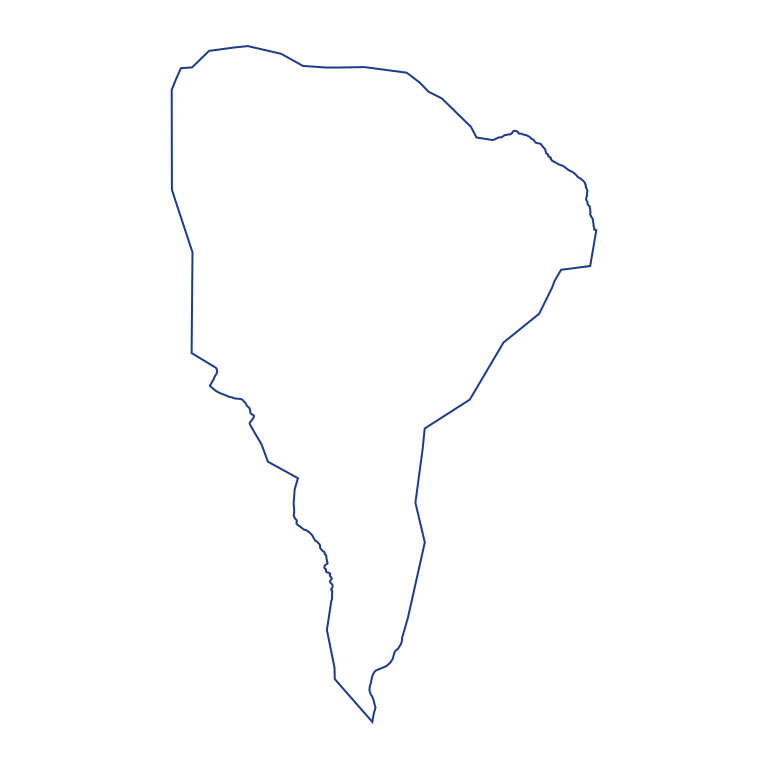 the district of Bayangovi, Bayanhongor, Mongolia
{"feature_id": "93677404B31691504211016", "entity_name": "Bayangovi", "entity_type": "district", "adm_level": 2, "iso_a3": "MNG", "parent_name": "Mongolia", "parent_adm1": "Bayanhongor", "projection": "mercator", "projection_center": [100.136, 44.533], "detail": "fine", "context": "isolated", "style": "outline", "palette": "blue", "viewbox_px": 768, "rotation_deg": 0, "n_neighbors": 0, "source": "geoboundaries", "source_scale": "gbopen_adm2", "svg_char_len": 3902}
<svg xmlns="http://www.w3.org/2000/svg" viewBox="0 0 768 768"><path d="M171.9,189.8L177.0,205.4L181.1,217.8L185.7,231.8L192.5,252.4L191.6,353.1L215.8,367.7L216.6,368.9L216.9,369.9L217.2,371.1L216.9,373.0L215.3,375.6L214.4,377.2L213.7,379.2L212.5,381.1L210.8,384.2L209.9,385.3L209.9,385.9L211.8,387.5L213.4,388.9L215.7,390.8L218.5,392.4L222.3,394.1L225.1,395.0L227.2,396.0L228.6,396.6L230.1,397.0L232.1,397.4L233.0,397.8L235.2,398.5L239.8,398.9L241.9,399.4L243.4,400.8L245.8,403.4L246.9,405.9L248.3,407.0L249.5,408.2L250.1,410.5L250.4,412.8L251.0,413.7L252.0,414.5L253.0,414.8L253.7,415.3L254.0,416.3L253.3,418.0L251.4,420.7L249.9,422.4L249.7,423.7L250.6,425.8L261.6,444.5L267.9,461.7L297.9,478.2L296.7,482.5L294.7,489.3L293.6,503.5L293.9,506.4L294.0,507.9L294.2,510.7L294.1,512.3L294.1,513.6L293.6,515.7L294.4,516.9L294.8,518.3L295.6,519.1L296.5,520.0L296.9,521.0L296.5,522.6L296.6,523.9L298.7,525.7L299.7,526.3L301.9,528.0L303.7,529.4L306.4,530.3L307.6,531.1L309.8,532.7L312.3,535.5L313.2,537.2L315.4,540.8L316.2,541.3L317.3,541.7L317.8,542.5L319.6,544.4L320.0,545.3L320.1,547.7L320.5,548.6L321.1,549.1L321.6,549.9L323.1,551.2L324.2,551.9L324.6,552.8L324.7,554.1L325.8,554.9L326.4,556.2L326.3,557.8L326.7,559.5L327.0,560.4L326.9,561.4L327.6,562.6L327.4,563.5L327.0,564.0L325.5,564.7L324.6,565.9L324.5,566.6L324.3,567.1L324.5,568.2L325.3,568.8L326.0,569.5L325.9,571.0L326.3,571.8L327.0,572.5L328.1,572.4L328.8,572.8L329.4,573.5L330.1,573.5L330.3,574.2L329.8,575.7L330.3,576.6L331.3,577.4L331.7,578.2L331.7,578.9L330.3,580.6L329.9,581.6L330.2,582.3L330.9,583.2L332.2,584.4L332.6,585.3L332.6,586.3L332.2,587.9L331.2,589.1L331.1,589.8L332.0,590.7L332.3,591.9L332.1,593.2L331.9,595.6L332.2,596.4L332.0,597.8L332.0,599.3L331.3,600.9L326.9,629.9L334.5,667.7L334.8,679.1L372.3,721.9L373.9,712.9L375.0,709.5L375.5,707.4L374.8,705.1L373.5,700.0L372.2,696.5L370.7,694.3L369.9,692.0L369.4,690.0L369.9,686.1L370.9,682.9L371.5,679.3L372.7,674.9L373.8,672.9L374.9,671.4L375.8,670.6L377.7,669.7L380.1,668.8L383.5,667.4L386.5,666.0L390.2,662.7L392.1,659.9L393.0,658.0L393.6,655.4L394.6,652.0L395.7,650.5L397.0,649.5L398.1,648.9L399.0,647.1L400.4,645.0L401.6,642.1L402.1,639.9L401.9,638.6L407.9,617.8L424.8,542.4L415.4,502.7L422.7,448.5L424.7,428.5L469.8,399.6L503.5,342.5L527.7,323.0L539.2,313.7L552.2,287.4L554.7,280.6L561.1,269.8L590.2,266.0L596.3,230.1L594.2,229.5L594.1,228.8L594.3,228.1L594.1,227.3L593.7,226.4L593.4,225.2L593.6,224.1L593.2,222.7L593.0,220.0L592.6,218.8L592.2,217.8L591.3,217.0L590.1,213.8L590.5,212.5L590.2,211.1L590.3,209.5L589.8,208.0L589.8,206.5L588.6,205.5L587.7,204.4L587.4,201.9L586.7,200.6L586.1,199.7L586.2,198.1L586.7,196.4L587.1,195.7L587.0,194.1L587.0,192.9L587.4,191.6L587.2,190.1L586.7,188.8L585.8,187.3L586.0,186.7L585.7,186.0L585.8,185.0L585.2,184.4L585.2,183.4L584.4,182.1L583.2,180.8L582.7,180.2L581.6,179.6L580.9,178.7L579.6,178.1L577.8,177.0L574.9,173.6L574.3,173.4L573.0,172.3L568.6,170.1L563.1,165.9L561.1,165.2L559.7,164.8L558.0,164.0L556.0,162.8L553.5,161.6L552.9,160.9L552.2,160.8L551.2,159.4L550.7,159.0L550.9,158.2L550.7,157.5L549.8,157.3L549.4,156.7L548.8,156.5L548.2,156.1L548.2,154.9L547.8,154.3L546.5,153.6L546.1,153.1L545.9,151.8L545.6,151.4L545.4,150.0L545.2,149.3L543.7,147.8L542.9,146.7L541.9,145.7L541.2,144.3L540.1,143.7L538.4,143.3L536.8,143.0L535.6,142.6L534.6,141.3L534.0,140.2L532.3,139.1L531.0,138.5L530.0,137.1L528.5,136.3L526.3,135.2L522.7,134.4L521.5,133.7L520.0,133.7L518.8,133.5L518.4,133.2L518.2,132.2L517.6,131.6L516.5,131.3L515.1,130.8L513.5,131.0L512.4,132.4L511.6,133.6L509.6,134.5L508.0,134.4L506.6,135.0L505.2,135.0L503.8,135.7L501.6,137.3L498.9,137.4L493.0,140.1L476.5,137.5L471.0,126.9L441.9,98.5L428.5,91.7L419.6,82.5L406.7,72.7L364.6,67.1L339.2,67.5L325.6,67.5L302.9,65.9L281.1,53.8L265.1,50.1L247.9,46.1L234.9,47.4L209.0,50.9L192.1,67.4L180.9,68.2L176.0,79.2L171.7,89.9L171.9,189.8Z" fill="none" stroke="#1e3a8a" stroke-width="2"/></svg>